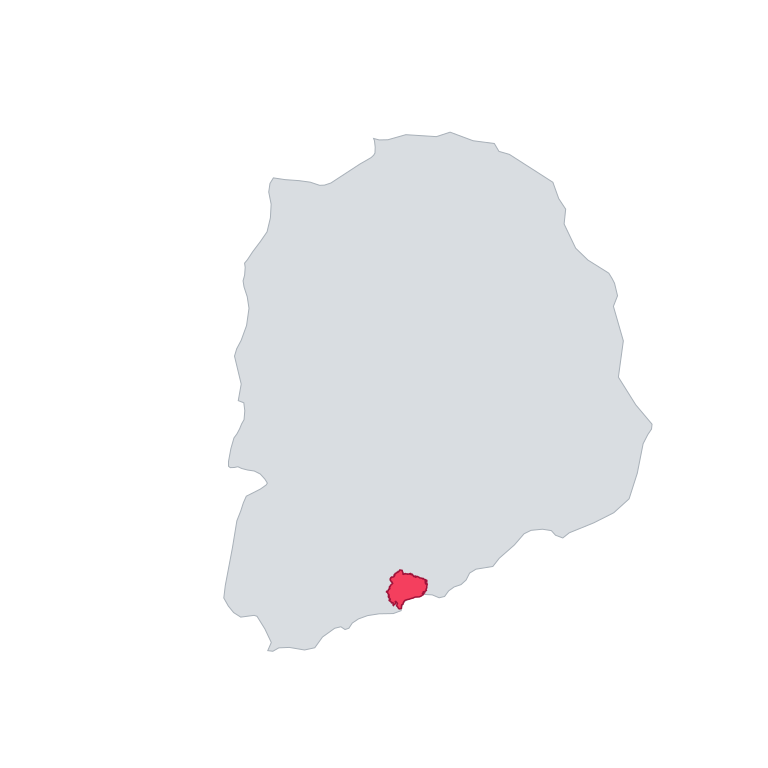 location of Chapicuy, Paysandú, Uruguay, rotated 237°
{"feature_id": "84410073B18564201435230", "entity_name": "Chapicuy", "entity_type": "district", "adm_level": 2, "iso_a3": "URY", "parent_name": "Uruguay", "parent_adm1": "Paysandú", "projection": "mercator", "projection_center": [-57.843, -31.658], "detail": "fine", "context": "in_parent", "style": "filled", "palette": "rose", "viewbox_px": 768, "rotation_deg": 237, "n_neighbors": 0, "source": "geoboundaries", "source_scale": "gbopen_adm2", "svg_char_len": 6305}
<svg xmlns="http://www.w3.org/2000/svg" viewBox="0 0 768 768"><g transform="rotate(237 384 384)"><path d="M595.6,509.0L591.3,512.9L586.7,520.3L581.2,538.1L562.9,562.7L559.2,576.6L539.5,591.2L525.6,607.5L516.5,607.1L508.3,614.2L461.2,635.5L444.3,631.5L431.7,631.6L420.1,622.2L393.5,618.7L376.9,622.5L354.5,632.9L347.8,632.7L342.9,632.2L330.8,627.9L324.2,618.7L289.8,608.2L262.1,584.3L229.4,583.8L204.3,586.9L200.5,583.8L197.9,577.7L192.8,568.8L171.2,547.8L154.2,527.0L150.9,506.6L153.3,484.4L158.3,458.3L157.5,450.1L163.7,445.5L169.9,444.5L175.9,437.8L181.2,427.6L182.1,419.9L178.0,405.7L175.1,385.8L171.7,375.9L178.6,360.3L178.8,352.8L174.9,346.1L173.8,339.3L175.6,332.3L175.3,325.6L172.8,319.1L174.7,313.8L180.9,309.6L185.6,303.1L188.7,294.4L190.3,287.8L190.4,283.2L188.5,278.9L184.6,274.9L186.4,266.8L193.9,254.8L198.7,244.1L200.9,234.7L200.8,227.2L198.3,221.5L199.3,217.6L203.9,215.6L206.0,209.6L205.3,194.6L200.5,182.3L204.2,172.5L214.6,161.2L220.0,152.1L220.4,145.2L223.7,141.3L228.6,148.7L243.4,150.7L258.3,151.0L260.7,149.1L266.5,136.9L274.2,133.4L282.6,132.5L291.8,133.1L301.5,141.2L329.1,167.6L349.4,186.1L355.6,194.8L360.9,201.3L364.9,207.4L363.2,223.2L363.5,230.2L364.4,232.2L369.1,232.3L375.9,231.2L381.7,227.8L386.2,222.7L390.7,218.6L394.2,216.4L395.5,213.0L397.6,209.5L399.7,208.8L403.7,211.4L413.2,220.4L420.5,228.8L422.3,233.6L425.1,238.6L428.1,242.9L430.3,247.2L437.4,252.7L444.6,256.2L449.4,252.7L461.7,264.2L488.8,273.8L493.8,279.7L498.4,288.0L507.9,300.6L521.0,312.0L531.6,316.8L541.7,319.5L547.3,322.0L551.2,326.4L557.4,331.1L561.3,332.9L562.6,337.1L566.6,346.3L570.8,357.9L575.3,368.8L585.2,379.2L596.3,387.3L607.8,391.9L614.3,397.6L617.1,403.5L609.3,412.3L600.9,423.4L593.4,432.1L585.7,438.2L583.2,442.4L581.5,448.9L581.6,483.5L580.9,496.4L581.5,499.9L582.6,502.2L587.4,505.6L593.2,508.5L595.6,509.0Z" fill="#d9dde1" stroke="#a8b0b8" stroke-width="1"/><path d="M208.4,304.1L208.5,303.7L208.9,303.4L209.2,303.7L209.5,303.8L209.6,303.2L209.8,302.8L210.6,303.0L210.7,302.7L210.3,302.2L210.7,301.9L211.1,301.8L211.1,301.6L211.0,301.3L211.3,300.9L211.4,300.5L211.6,300.1L212.2,300.0L212.3,299.7L212.6,299.1L213.2,298.9L213.2,298.4L213.3,298.0L213.8,297.7L213.8,297.3L213.7,296.8L214.2,296.4L215.6,297.2L216.9,297.3L217.8,297.7L219.4,296.0L218.8,294.8L218.7,294.2L219.0,293.9L219.1,293.7L218.9,293.4L218.6,293.1L219.0,292.3L218.7,291.9L218.7,291.4L219.0,290.5L218.6,290.2L218.7,289.4L218.3,289.1L218.4,288.7L218.3,288.4L217.9,288.6L217.5,288.6L217.4,288.3L217.3,287.7L217.0,287.4L217.3,286.0L217.9,285.6L217.6,284.9L217.9,284.4L217.5,283.6L217.4,283.6L217.3,283.3L217.2,283.3L217.1,283.2L216.8,282.9L216.7,282.9L216.5,282.6L216.4,282.5L216.2,282.4L215.8,282.5L215.6,282.6L215.4,282.6L215.0,282.4L214.9,282.4L214.6,282.5L214.4,282.6L214.2,282.7L213.9,282.5L213.7,282.6L213.5,282.8L213.3,282.8L213.1,282.6L212.8,282.6L212.5,282.6L212.4,282.7L212.2,282.7L212.2,282.4L212.1,282.1L212.0,281.9L211.9,281.7L211.7,281.3L211.7,281.2L211.8,281.2L211.8,280.9L211.7,280.7L211.7,280.4L211.7,280.1L211.7,279.9L211.6,279.7L211.3,279.5L211.2,279.4L210.9,279.1L210.8,278.9L210.8,278.7L210.8,278.4L211.0,278.4L211.0,278.2L210.9,278.1L210.7,277.9L210.4,277.7L210.2,277.7L210.2,277.8L209.9,277.7L209.7,277.6L209.4,277.5L209.4,277.4L209.2,277.4L209.1,277.2L209.0,276.9L209.1,276.7L209.1,276.4L209.3,276.4L209.2,276.2L209.1,275.8L209.0,275.6L208.9,275.5L208.8,275.4L208.7,275.3L208.6,275.2L208.4,274.9L208.2,274.6L208.3,274.4L208.4,274.2L208.5,274.0L208.6,273.8L208.6,273.6L208.7,273.4L208.6,273.2L208.3,272.8L208.2,272.8L208.1,273.0L207.8,273.3L207.7,273.3L207.3,273.3L207.2,273.4L206.9,273.4L206.4,273.2L206.2,273.2L205.9,273.1L205.7,273.1L205.3,273.2L205.1,273.3L204.9,273.4L204.7,273.4L204.5,273.2L204.4,273.1L204.4,272.8L204.3,272.7L204.3,272.8L204.2,272.8L203.9,272.7L203.7,272.7L203.4,272.7L203.3,272.8L203.1,272.7L203.0,272.3L202.9,272.1L202.9,271.9L202.7,271.8L202.5,271.6L202.4,271.5L202.2,271.5L201.8,271.9L201.8,272.0L201.7,272.0L201.2,272.0L200.5,272.1L200.3,272.1L200.1,272.1L199.9,271.9L199.9,271.7L200.1,271.6L200.2,271.1L200.1,270.9L200.0,270.6L199.9,270.5L199.7,270.5L199.4,270.5L199.1,270.5L198.9,270.6L198.6,271.0L198.4,271.1L198.1,271.1L197.8,271.1L197.3,271.3L196.7,271.1L196.3,271.1L196.2,271.2L196.0,272.1L195.9,272.3L195.7,272.4L195.4,272.3L195.1,272.2L194.3,271.7L194.0,271.4L193.7,271.3L193.2,271.2L193.0,271.3L193.3,271.9L193.4,272.0L193.5,272.3L193.5,272.8L193.4,273.5L193.5,273.9L193.7,274.2L194.0,274.4L194.4,274.8L194.8,274.9L195.2,274.9L195.3,274.9L195.4,275.1L195.3,275.3L195.2,275.5L194.5,275.6L194.0,275.7L193.5,275.7L193.0,275.8L192.7,275.8L192.4,275.5L192.0,274.9L191.5,274.1L191.3,273.8L191.1,273.7L190.6,273.9L190.1,274.1L189.2,274.0L188.3,274.0L187.6,274.0L187.0,274.5L186.8,274.7L186.7,275.0L186.6,275.3L186.5,275.9L186.4,276.4L186.9,276.7L188.3,277.8L188.8,278.2L189.0,278.4L189.1,278.5L189.1,279.0L188.9,279.7L189.0,279.9L189.1,280.0L189.6,280.6L189.9,280.9L190.1,281.2L190.4,281.7L190.6,282.0L190.8,282.6L190.9,282.9L191.0,283.2L191.1,283.4L191.1,283.6L191.1,284.0L191.0,284.3L190.9,284.7L190.7,285.5L190.6,285.9L190.5,286.2L190.0,287.4L189.8,287.8L189.7,288.3L189.6,288.8L189.3,289.9L189.2,290.3L189.0,290.9L188.8,291.3L188.7,291.6L188.6,291.8L188.6,292.0L188.6,292.4L188.6,292.8L188.5,293.1L188.4,293.7L188.2,294.3L188.1,294.5L187.9,294.8L187.7,295.1L187.4,295.7L186.6,297.0L186.4,297.3L186.3,297.5L186.2,298.0L186.0,299.0L186.0,299.3L185.9,299.5L185.9,300.1L186.0,300.8L186.1,301.3L186.0,301.6L185.9,301.9L186.4,302.8L187.3,302.2L187.5,302.7L186.9,303.8L187.3,303.8L187.7,303.4L188.2,303.6L188.2,304.1L187.3,305.1L187.8,305.7L187.8,307.1L188.9,307.4L189.4,308.3L189.9,309.0L190.7,309.4L192.3,310.9L192.6,311.3L193.4,311.2L193.6,311.1L193.4,310.7L193.2,310.5L193.4,310.2L194.0,310.1L194.3,310.3L195.0,310.6L195.6,310.7L196.0,311.3L194.9,312.2L195.6,312.6L195.9,312.9L196.1,312.9L196.4,312.5L196.5,312.4L196.9,312.4L197.2,312.3L197.4,312.2L197.5,312.0L197.4,311.7L197.5,311.5L198.2,311.3L199.4,311.1L199.6,310.3L200.3,310.2L200.6,309.7L201.1,309.4L201.4,309.0L202.0,308.3L202.9,308.1L203.3,307.7L203.9,307.5L204.8,306.8L204.9,306.4L204.9,306.1L204.6,305.8L204.6,305.4L204.9,305.2L205.2,305.1L205.6,305.2L205.9,305.5L206.1,305.5L206.1,305.0L206.1,304.7L206.1,304.3L206.5,304.0L207.7,304.2L208.4,304.1Z" fill="#f43f5e" stroke="#9f1239" stroke-width="1.5"/></g></svg>